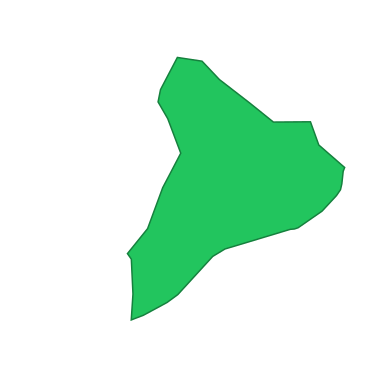 the border of Tajura' wa an Nawahi al Arba, rotated 135°
{"feature_id": "LBY-2978", "entity_name": "Tajura' wa an Nawahi al Arba", "entity_type": "Municipality", "adm_level": 1, "iso_a3": "LBY", "parent_name": "Libya", "parent_adm1": "", "projection": "mercator", "projection_center": [13.403, 32.626], "detail": "fine", "context": "isolated", "style": "filled", "palette": "green", "viewbox_px": 384, "rotation_deg": 135, "n_neighbors": 0, "source": "natural_earth", "source_scale": "10m", "svg_char_len": 592}
<svg xmlns="http://www.w3.org/2000/svg" viewBox="0 0 384 384"><g transform="rotate(135 192 192)"><path d="M66.7,101.4L70.5,99.7L80.3,91.8L85.4,88.6L92.4,87.3L113.5,86.5L142.3,91.7L145.7,93.4L148.9,96.1L209.0,128.4L222.9,131.8L274.6,129.5L287.7,131.5L313.5,139.2L325.4,144.5L305.9,161.6L282.4,187.4L281.2,194.1L254.0,197.0L249.3,197.5L209.6,215.8L195.1,220.3L172.5,227.4L157.3,261.0L152.3,279.7L141.8,286.7L107.2,297.5L92.4,277.4L93.1,252.1L88.2,213.6L85.0,183.9L58.6,157.9L69.1,135.6L67.1,106.3L66.9,103.8L66.7,101.4L66.7,101.4Z" fill="#22c55e" stroke="#15803d" stroke-width="1.5"/></g></svg>